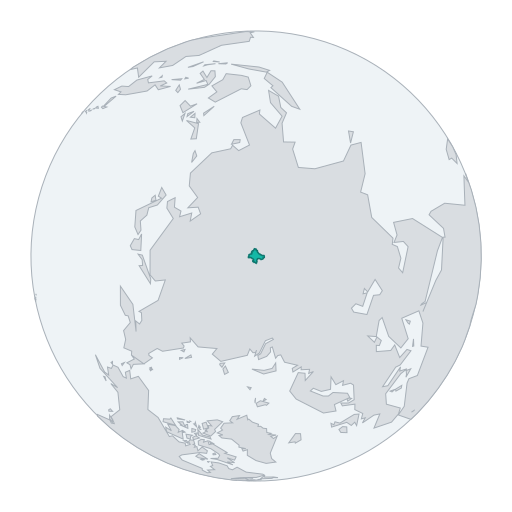 the Earth from above Dzavhan, rotated 195°
{"feature_id": "MNG-3318", "entity_name": "Dzavhan", "entity_type": "Province", "adm_level": 1, "iso_a3": "MNG", "parent_name": "Mongolia", "parent_adm1": "", "projection": "orthographic", "projection_center": [96.384, 48.303], "detail": "fine", "context": "on_globe", "style": "filled", "palette": "teal", "viewbox_px": 512, "rotation_deg": 195, "n_neighbors": 0, "source": "natural_earth", "source_scale": "10m", "svg_char_len": 13801}
<svg xmlns="http://www.w3.org/2000/svg" viewBox="0 0 512 512"><g transform="rotate(195 256 256)"><circle cx="256" cy="256" r="225" fill="#eef3f6" stroke="#a8b0b8"/><path d="M367.7,60.4L368.2,61.9L354.7,59.8L352.5,57.2L349.5,57.4L352.1,60.9L354.5,63.2L347.8,72.2L354.1,88.6L363.2,95.2L355.6,93.0L377.6,107.1L385.6,119.1L372.2,104.8L367.5,102.9L370.7,110.3L366.6,110.0L365.8,113.7L360.5,112.8L353.1,105.1L349.6,104.5L352.1,109.9L348.4,112.8L345.2,104.9L338.5,109.3L324.9,98.3L320.7,79.7L308.8,74.7L293.0,59.2L290.1,60.7L282.2,56.5L276.0,56.9L274.8,54.4L270.8,57.0L273.1,59.3L272.1,61.3L268.6,61.9L266.5,58.6L267.9,57.8L265.5,57.2L266.0,55.3L263.8,56.6L261.7,52.8L258.6,57.5L252.6,55.3L252.6,52.6L259.4,51.6L276.2,44.7L278.3,42.5L274.5,39.8L253.0,36.9L252.5,35.3L246.9,34.0L244.0,35.1L247.4,36.7L240.7,38.9L245.6,41.0L243.6,42.4L246.0,45.5L238.3,46.5L229.6,45.9L227.3,43.6L223.4,43.4L219.6,47.1L209.6,44.7L193.0,47.0L191.2,46.5L198.4,42.2L213.3,38.0L222.6,34.4L209.2,38.4L204.9,37.9L201.1,38.7L197.0,39.9L195.7,40.9L192.7,41.3L204.9,37.0L207.8,36.5L203.9,37.7L210.9,36.0L219.1,33.9L216.3,34.3L220.5,33.5L237.4,31.5L254.3,30.7L271.2,31.2L288.1,33.0L304.7,36.1L321.1,40.3L337.2,45.8L352.7,52.5L367.7,60.4ZM458.8,158.4L457.3,156.0L457.0,154.8L458.8,158.4ZM457.1,156.3L457.5,156.8L457.3,156.8L457.1,156.3ZM457.5,157.6L457.2,156.7L457.7,158.0L457.5,157.6ZM458.3,159.7L457.8,158.4L457.9,158.7L458.3,159.7ZM458.7,162.0L458.7,162.5L458.1,161.0L458.7,162.0ZM356.3,64.4L352.6,61.0L351.7,58.3L355.3,61.0L356.3,64.4ZM357.2,70.7L354.3,68.8L357.9,68.0L358.5,69.3L357.2,70.7ZM370.6,100.3L368.4,96.5L372.0,100.3L370.6,100.3ZM366.6,114.3L368.5,115.6L367.3,117.0L366.6,114.3ZM250.0,44.9L248.0,45.2L248.6,44.4L250.0,44.9ZM252.9,46.0L255.0,44.9L256.7,45.3L255.3,46.0L252.9,46.0ZM358.1,117.1L355.5,119.1L356.9,115.6L358.1,117.1ZM249.9,47.3L259.4,46.2L262.3,47.0L259.7,50.3L249.9,47.3ZM353.1,119.4L346.9,125.0L350.7,128.1L336.4,122.8L346.4,119.6L347.5,114.7L349.6,118.4L353.1,119.4ZM275.3,59.8L272.7,57.3L278.1,58.9L275.3,59.8ZM279.0,60.3L296.8,63.1L298.9,67.3L292.5,65.3L297.7,70.7L289.9,71.3L285.3,68.5L285.5,65.6L282.3,68.2L279.0,60.3ZM329.5,119.3L326.8,119.6L328.2,117.8L329.5,119.3ZM272.1,62.2L275.5,62.2L277.5,65.8L271.0,66.4L272.4,65.0L272.1,62.2ZM302.9,71.9L303.2,74.9L297.0,76.1L296.3,77.5L289.9,71.7L302.9,71.9ZM270.2,64.5L267.6,66.7L263.5,65.6L268.9,62.4L270.2,64.5ZM280.8,66.6L281.4,68.4L278.9,67.5L280.8,66.6ZM247.5,63.6L251.5,63.2L252.9,65.0L247.5,63.6ZM266.9,67.6L268.4,68.0L269.4,68.7L266.9,69.9L266.9,67.6ZM285.9,73.2L283.2,73.2L288.2,75.6L283.7,76.9L280.3,72.8L279.9,75.1L278.5,75.6L277.2,71.9L285.9,73.2ZM267.4,73.5L261.4,69.2L253.6,69.3L252.1,67.6L265.0,67.9L267.4,73.5ZM273.3,72.8L269.3,72.8L269.5,70.6L272.4,69.2L273.3,72.8ZM282.0,79.3L289.7,78.3L290.2,79.3L282.0,79.3ZM265.0,73.9L266.5,74.9L264.5,74.2L265.0,73.9ZM276.7,78.0L279.4,77.5L279.9,78.6L276.7,78.0ZM267.3,77.6L265.4,76.2L267.2,75.1L267.3,77.6ZM271.6,78.1L271.6,79.8L269.1,75.6L272.7,77.7L271.6,78.1ZM276.7,79.2L277.9,79.6L275.5,79.2L276.7,79.2ZM261.2,82.6L257.6,77.6L261.8,75.2L264.7,80.3L261.2,82.6ZM59.5,145.8L64.1,138.3L77.4,139.3L73.9,149.2L77.2,172.4L76.5,177.1L69.2,182.3L66.2,212.4L73.3,211.7L77.4,234.4L84.5,245.2L99.1,233.6L87.6,215.5L92.3,204.7L107.0,212.7L118.2,229.2L120.4,225.6L119.0,209.3L127.4,207.7L119.3,203.3L118.2,209.1L113.1,206.8L113.7,201.4L116.7,200.9L115.0,194.8L101.4,199.6L99.0,206.0L90.9,195.1L86.0,204.8L81.8,204.6L88.5,188.1L92.3,184.8L99.9,162.5L95.1,164.8L87.7,186.3L87.4,182.1L81.0,186.1L85.7,179.8L95.1,156.5L91.7,146.6L77.3,146.5L77.5,140.3L82.1,130.6L97.5,120.3L95.5,135.5L100.9,132.8L110.0,122.3L108.6,128.0L112.1,125.9L112.1,131.5L120.8,133.2L122.1,138.5L133.8,133.6L136.0,135.9L128.5,138.0L124.0,142.6L128.4,156.6L131.7,157.6L138.9,153.5L139.2,158.2L145.6,152.4L152.2,158.7L149.5,146.5L157.9,142.1L166.4,143.1L168.6,139.7L154.9,138.1L149.8,139.5L146.3,144.1L132.1,147.1L128.8,143.6L141.8,132.8L138.6,127.0L150.2,121.8L180.2,128.2L188.5,134.3L185.0,154.3L178.3,155.4L176.2,148.5L170.6,159.3L174.7,156.2L174.9,160.4L183.0,157.8L183.6,160.6L190.3,153.5L191.9,156.8L187.6,161.2L200.9,160.8L206.5,166.9L209.2,165.5L210.6,162.3L216.7,172.4L218.4,171.0L217.1,167.1L219.7,161.8L226.7,156.6L228.5,160.4L226.2,162.7L224.0,173.8L217.6,179.9L219.0,181.0L225.0,176.6L227.7,163.1L231.4,158.9L231.1,165.2L231.5,162.6L233.9,161.8L237.9,164.6L238.7,157.8L262.7,145.1L272.8,149.9L269.8,156.5L288.4,153.2L298.4,159.9L297.1,156.1L305.2,152.6L302.2,150.5L302.2,148.4L321.6,139.8L327.5,141.1L334.4,134.1L333.7,132.3L329.7,130.8L336.4,122.8L350.7,128.1L351.4,131.9L359.9,133.1L360.3,141.7L364.6,149.7L360.2,159.2L364.0,165.1L366.9,164.9L374.2,173.3L379.2,191.8L362.4,177.4L352.3,152.0L355.3,162.1L350.9,160.2L349.6,164.2L352.0,171.6L354.7,172.2L339.1,187.8L337.4,209.4L346.8,205.8L353.5,210.4L359.8,234.2L345.6,270.8L354.5,279.2L355.6,285.7L349.2,291.4L347.4,282.0L340.1,280.0L340.0,274.1L329.2,280.9L328.6,272.7L320.4,282.4L324.5,288.2L334.3,284.9L327.5,297.4L338.6,306.4L340.8,319.1L325.4,344.2L308.2,353.0L307.3,356.9L300.0,353.3L291.0,361.5L305.1,380.7L304.9,386.3L290.0,398.0L289.5,394.0L270.2,384.5L267.0,397.8L281.7,407.9L286.7,419.2L275.6,416.2L270.5,405.9L263.6,402.2L265.2,391.0L258.9,373.3L247.7,376.1L248.3,368.8L238.0,352.5L221.7,355.5L196.1,370.4L193.0,387.7L183.9,392.9L171.9,363.7L171.5,344.8L164.0,344.0L154.2,323.2L128.3,308.7L127.4,302.5L121.9,301.7L115.5,291.4L115.2,281.3L110.0,277.8L111.5,304.4L117.4,308.2L126.2,304.8L125.2,312.8L131.8,324.1L114.5,332.7L80.7,322.2L82.1,308.0L80.9,255.8L83.6,252.7L83.8,252.1L84.0,251.2L79.1,255.3L80.4,245.5L76.0,279.0L73.2,290.5L80.1,322.6L78.3,323.1L82.0,331.2L99.5,340.6L98.5,344.5L87.4,355.8L67.3,359.1L72.7,376.6L75.9,387.2L69.5,382.0L75.0,390.1L65.0,375.4L56.2,360.1L48.6,344.0L42.3,327.4L37.4,310.4L33.8,293.0L31.6,275.4L31.0,266.0L31.4,258.0L31.7,249.7L31.4,243.4L32.2,233.6L32.5,228.9L33.3,221.9L36.3,206.0L40.5,190.4L45.8,175.1L52.1,160.2L59.5,145.8ZM65.4,145.4L63.3,147.7L63.3,147.8L65.4,145.4ZM125.0,255.2L134.9,264.2L138.8,250.2L142.9,252.7L142.8,247.2L139.1,249.2L139.9,235.0L147.2,235.7L150.3,230.3L147.1,227.1L133.7,228.2L132.3,248.4L126.5,250.6L125.0,255.2ZM204.2,38.1L203.1,38.5L198.8,39.6L200.5,38.9L204.2,38.1ZM181.8,47.1L177.4,47.6L181.7,46.5L183.2,45.3L194.1,41.9L190.9,46.1L190.4,44.7L181.8,47.1ZM207.8,39.2L201.2,40.5L208.5,39.0L207.8,39.2ZM131.0,109.9L128.2,113.6L124.1,114.4L122.4,108.9L128.4,107.5L131.0,109.9ZM125.3,118.8L138.7,110.3L140.3,113.8L137.1,113.2L136.8,116.3L131.7,116.3L120.1,128.4L115.6,130.0L114.9,118.2L117.6,121.0L120.1,117.0L125.3,118.8ZM170.2,86.6L176.0,84.0L171.9,94.7L167.0,95.9L164.9,90.1L169.6,85.4L170.2,86.6ZM243.4,53.8L245.9,52.9L246.5,53.7L244.8,55.1L243.4,53.8ZM249.3,63.3L233.1,58.7L235.1,57.3L223.2,56.8L223.9,53.3L231.6,53.6L223.2,50.8L230.5,49.7L224.2,48.3L241.3,49.4L247.5,48.7L240.3,50.8L239.5,54.0L240.9,55.2L249.8,58.2L262.7,58.6L263.9,62.3L261.3,64.8L258.4,65.2L258.5,62.6L254.6,65.1L252.5,61.7L249.3,63.3ZM230.6,97.6L232.0,93.4L223.7,99.8L221.6,95.6L220.8,96.6L216.5,94.6L210.0,94.1L210.0,91.9L207.4,92.7L204.6,91.5L201.1,92.0L199.9,88.3L195.5,88.6L197.5,86.8L190.2,88.3L195.1,85.6L191.9,84.2L188.9,87.6L191.2,69.3L188.5,64.4L183.5,62.1L192.5,58.3L203.0,58.4L212.8,61.2L214.2,66.7L218.0,64.2L219.8,66.3L216.0,67.3L223.0,66.9L223.4,68.9L232.2,72.8L241.9,71.4L245.3,73.0L241.7,74.6L247.6,75.1L243.3,79.2L245.6,80.6L243.6,86.2L235.4,88.8L238.7,90.1L237.3,94.7L230.6,97.6ZM260.4,84.2L251.0,87.7L245.3,87.3L251.1,77.8L249.6,76.0L253.1,70.4L261.4,71.2L259.6,72.7L259.8,74.3L257.2,73.4L259.4,75.4L257.1,77.6L258.2,79.9L254.8,80.4L260.4,84.2ZM79.8,177.7L80.0,180.6L81.3,184.2L77.3,187.1L79.8,177.7ZM85.9,161.7L86.7,163.5L81.7,168.8L81.5,166.0L85.9,161.7ZM91.5,160.2L87.2,163.2L89.4,159.9L91.5,160.2ZM129.7,139.5L131.1,141.4L129.5,142.8L126.8,143.2L129.7,139.5ZM205.5,117.2L207.2,114.5L208.6,114.7L215.6,110.7L217.7,113.7L214.3,117.3L205.5,117.2ZM94.7,233.2L90.1,233.0L90.2,229.9L91.7,230.5L94.7,233.2ZM81.4,209.2L82.4,216.7L80.3,209.9L81.4,209.2ZM209.0,119.9L211.6,117.8L211.0,120.6L209.0,119.9ZM219.6,115.8L219.7,118.8L218.8,113.7L219.6,115.8ZM99.9,408.3L101.2,418.7L94.3,412.4L89.0,405.8L85.7,397.4L92.3,401.2L94.4,399.1L99.9,408.3ZM341.3,434.0L347.6,432.8L347.3,433.5L341.3,434.0ZM334.8,433.7L342.1,432.0L333.4,435.3L334.8,433.7ZM344.9,431.3L352.4,428.1L355.6,426.1L354.9,427.5L344.9,431.3ZM329.7,434.9L302.0,439.3L290.9,438.8L293.6,436.3L311.6,434.8L329.7,434.9ZM292.7,436.4L275.7,430.7L251.7,409.1L260.3,409.8L285.2,422.5L283.7,424.8L294.0,429.6L292.7,436.4ZM333.7,417.7L332.0,424.4L316.8,426.7L309.8,426.8L305.0,419.1L307.7,414.4L313.5,413.7L335.2,394.1L342.9,396.3L336.3,404.4L342.6,408.9L333.7,417.7ZM193.9,389.6L199.0,400.7L194.1,401.2L193.9,389.6ZM343.6,380.4L335.1,389.8L342.7,378.1L343.6,380.4ZM347.9,369.7L348.6,373.5L344.9,370.6L347.9,369.7ZM307.5,362.7L301.4,364.3L301.1,361.4L308.6,357.6L307.5,362.7ZM342.4,329.7L343.1,338.7L342.2,342.0L339.1,337.3L342.4,329.7ZM230.7,145.7L218.6,147.6L211.3,151.6L209.3,157.8L206.9,150.2L218.1,144.0L230.7,145.7ZM258.5,144.6L260.1,139.7L262.9,141.6L262.9,143.0L258.5,144.6ZM257.1,141.8L252.6,136.4L255.7,133.5L258.7,138.3L257.1,141.8ZM230.3,127.4L226.6,127.6L227.2,125.3L230.3,127.4ZM378.7,444.9L381.2,443.3L376.3,446.5L373.6,448.1L372.5,448.6L366.0,451.9L324.0,470.1L315.6,472.1L319.4,470.1L315.0,466.4L317.9,465.9L318.1,461.6L343.9,450.6L362.9,435.0L375.3,430.6L385.8,418.5L398.0,412.7L393.3,420.8L404.6,417.2L415.6,398.3L419.2,406.9L425.2,403.8L423.9,406.2L410.0,420.4L394.9,433.4L378.7,444.9ZM460.5,350.5L460.7,350.2L460.5,350.5ZM460.4,350.8L461.5,348.3L460.9,349.7L460.4,350.8ZM457.1,353.1L457.9,351.2L458.2,351.3L457.1,353.1ZM356.9,430.0L365.9,422.7L370.6,420.6L356.9,430.0ZM456.3,353.1L454.3,355.7L454.7,354.6L456.3,353.1ZM456.7,351.0L456.7,350.1L457.4,351.1L456.7,351.0ZM453.2,353.5L455.4,352.4L452.9,354.1L453.2,353.5ZM451.7,355.7L449.9,356.9L450.1,356.4L451.7,355.7ZM428.9,379.6L435.8,380.0L429.6,385.4L422.9,386.7L416.6,395.1L402.9,403.1L406.3,398.5L404.7,395.4L390.0,401.4L387.0,400.0L392.5,395.5L382.4,397.7L393.4,391.3L397.8,395.2L403.9,387.2L414.1,382.4L423.6,378.0L430.7,376.5L428.9,379.6ZM393.1,404.3L394.9,403.4L393.2,405.9L393.1,404.3ZM446.5,357.9L449.1,357.5L448.7,358.6L447.4,359.7L446.5,357.9ZM432.5,374.2L440.4,362.7L442.1,361.2L436.8,371.1L432.5,374.2ZM438.7,361.3L442.1,358.7L443.8,359.7L443.1,361.1L438.7,361.3ZM370.6,408.7L370.1,410.5L367.1,410.3L370.6,408.7ZM374.4,406.3L383.2,404.5L373.6,408.0L374.4,406.3ZM346.9,409.3L349.6,412.6L358.1,407.5L351.6,413.2L357.2,417.9L355.1,420.9L349.6,415.7L347.4,423.3L343.6,424.2L341.7,418.7L345.6,409.9L349.4,405.6L364.7,399.6L346.9,409.3ZM374.4,401.4L372.1,397.5L373.8,393.6L376.4,395.2L374.4,401.4ZM364.7,387.8L358.1,383.8L352.3,387.8L363.7,375.5L368.3,381.6L364.7,387.8ZM358.7,375.9L353.3,379.7L358.7,372.9L358.7,375.9ZM351.8,378.0L350.9,373.7L355.3,373.1L351.8,378.0ZM361.5,375.3L362.1,367.3L364.5,371.1L361.5,375.3ZM348.3,363.9L358.2,368.9L345.8,369.0L344.0,353.8L349.2,352.1L348.3,363.9ZM369.1,288.6L367.1,284.0L371.4,281.2L371.6,285.1L369.1,288.6ZM383.7,268.9L371.9,279.0L362.2,287.4L365.8,288.5L364.8,297.8L358.6,291.6L364.5,279.7L372.1,274.9L372.0,267.2L376.8,259.9L373.8,251.2L375.5,246.2L380.6,252.7L383.7,268.9ZM372.2,247.7L368.7,231.5L377.4,230.1L380.1,233.4L378.0,241.3L373.6,241.5L372.2,247.7ZM370.4,227.3L366.0,227.4L351.7,206.6L350.8,201.9L366.4,216.4L363.1,217.5L365.0,223.0L370.4,227.3ZM328.3,121.5L327.0,119.8L329.5,120.6L328.3,121.5ZM300.4,147.3L300.8,144.7L303.8,145.5L300.4,147.3ZM303.6,138.1L300.0,139.0L303.1,136.4L303.6,138.1ZM292.0,141.4L298.2,138.6L293.3,143.6L292.0,141.4Z" fill="#d9dde1" stroke="#a8b0b8" stroke-width="1"/><path d="M254.6,249.2L254.7,249.3L254.8,249.4L254.8,249.5L255.0,249.5L255.0,249.4L255.6,249.5L255.8,249.7L255.9,249.8L256.0,249.8L256.2,249.7L256.3,249.6L256.4,249.8L256.5,249.9L256.7,249.7L256.8,249.7L257.5,249.8L257.7,250.0L257.8,250.1L257.8,250.3L257.9,250.5L257.6,250.7L257.4,250.9L257.3,251.0L257.2,251.3L257.2,251.5L257.3,251.8L257.9,252.3L258.0,252.4L258.7,252.4L258.9,252.4L259.1,252.5L259.9,253.1L260.1,253.1L260.3,253.0L260.6,253.0L261.0,253.0L261.3,253.1L261.5,253.2L261.8,253.1L261.9,252.9L262.1,252.6L262.9,252.5L263.0,252.7L263.0,253.2L263.1,253.4L263.1,253.6L263.1,253.9L263.1,254.0L262.9,254.5L262.9,254.8L263.1,255.5L262.3,256.1L262.1,256.2L262.0,256.3L261.9,256.5L261.7,256.6L261.0,256.7L260.9,256.8L260.7,256.9L260.7,257.1L260.8,257.5L260.8,257.8L260.7,258.2L260.7,258.3L260.8,258.4L260.9,258.5L261.3,258.5L261.3,258.8L261.2,259.0L261.0,259.3L261.0,259.5L260.9,259.8L260.7,260.1L260.4,260.2L260.2,260.3L259.9,260.4L259.9,260.5L259.5,262.1L259.4,262.3L259.4,262.6L259.2,262.6L258.8,262.4L258.7,262.4L258.6,262.5L258.4,262.7L258.2,262.7L257.8,262.7L257.6,262.6L257.6,262.4L257.4,262.1L257.3,261.9L257.2,261.8L257.2,261.5L257.0,261.4L256.9,261.4L256.1,261.6L256.0,261.3L255.9,261.2L255.8,260.8L255.8,260.7L255.6,260.5L255.6,260.4L255.5,260.2L255.4,260.0L255.2,260.0L254.2,259.3L254.1,259.2L253.9,259.0L253.7,258.9L252.9,258.8L252.7,258.9L252.5,258.7L252.4,258.6L252.3,258.4L252.0,258.4L251.9,258.4L251.7,258.4L251.4,258.4L251.0,258.4L250.7,258.2L250.4,258.1L250.2,258.0L249.9,258.0L249.7,258.2L249.3,258.3L249.0,258.4L248.3,258.5L248.1,258.1L247.8,257.6L247.8,257.4L247.8,257.2L247.7,257.0L247.6,256.7L247.8,256.6L248.0,256.4L248.3,256.1L248.4,255.9L248.4,255.7L248.5,255.7L248.4,255.5L248.5,255.1L248.7,254.9L248.8,254.8L249.0,254.6L250.2,253.9L250.3,254.0L251.0,254.3L251.4,254.3L251.5,254.3L251.9,254.4L252.3,254.4L252.7,254.3L253.0,254.1L253.4,253.9L253.5,253.8L253.8,253.8L253.9,253.6L253.9,253.4L253.9,253.2L254.0,253.0L254.0,252.9L254.0,252.7L254.2,252.0L254.2,251.8L254.2,251.7L253.9,251.4L253.7,251.1L253.7,250.9L253.6,250.7L253.7,250.4L253.7,250.1L253.7,249.9L253.7,249.7L253.8,249.8L253.8,249.7L254.0,249.6L254.3,249.5L254.4,249.3L254.5,249.3L254.6,249.2Z" fill="#14b8a6" stroke="#0f766e" stroke-width="1.5"/></g></svg>